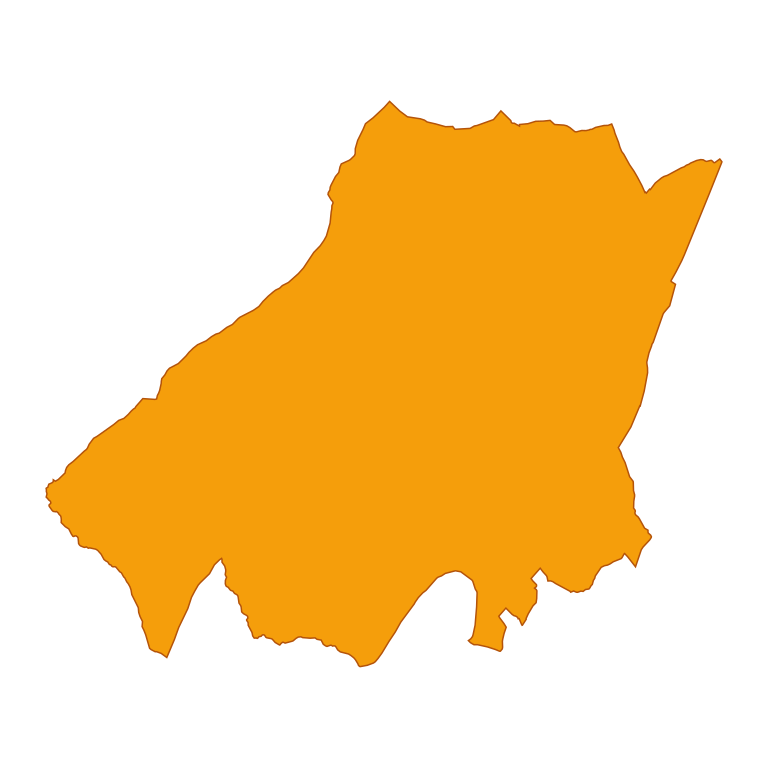 Firavitoba, Boyacá, Colombia
{"feature_id": "7082276B66462160006857", "entity_name": "Firavitoba", "entity_type": "district", "adm_level": 2, "iso_a3": "COL", "parent_name": "Colombia", "parent_adm1": "Boyacá", "projection": "equal_earth", "projection_center": [-73.017, 5.676], "detail": "fine", "context": "isolated", "style": "filled", "palette": "amber", "viewbox_px": 768, "rotation_deg": 0, "n_neighbors": 0, "source": "geoboundaries", "source_scale": "gbopen_adm2", "svg_char_len": 6044}
<svg xmlns="http://www.w3.org/2000/svg" viewBox="0 0 768 768"><path d="M721.9,161.7L719.8,159.0L715.0,162.5L714.2,162.7L713.7,162.5L712.3,161.0L711.1,160.3L706.7,161.4L705.6,161.2L703.2,159.8L700.7,159.6L696.6,160.5L690.5,163.1L689.0,164.2L686.4,165.2L684.2,166.8L681.2,167.9L667.3,175.4L663.9,176.5L661.4,178.0L655.3,183.0L650.3,189.6L649.6,189.1L646.3,193.1L645.3,192.0L644.9,192.4L641.8,185.4L637.4,177.1L634.1,171.4L629.6,164.8L623.8,154.3L621.7,151.5L619.9,147.2L618.5,142.3L614.9,133.1L614.1,130.0L611.7,124.0L608.0,125.4L604.0,125.5L595.6,127.4L591.9,129.3L590.2,129.4L588.9,130.0L586.0,130.6L581.8,130.5L576.3,131.9L574.9,131.7L569.9,127.6L566.8,125.8L563.8,125.1L554.6,124.5L550.1,120.4L543.3,121.1L535.7,121.3L527.9,123.7L519.5,124.5L519.5,126.1L514.2,123.2L512.7,123.3L511.4,122.6L510.8,120.6L500.9,110.9L493.5,119.6L477.0,125.5L474.3,126.0L470.1,128.4L454.9,129.3L452.7,126.5L445.5,126.7L435.5,123.9L427.2,122.0L424.4,120.1L420.4,118.8L407.4,116.8L399.8,111.1L389.6,101.4L384.3,107.3L373.1,117.8L365.5,123.7L363.0,129.6L357.7,140.3L355.3,148.6L355.2,153.6L354.5,155.5L350.4,159.5L349.0,160.4L341.3,163.9L340.0,166.9L338.8,172.5L335.5,176.5L331.1,185.0L330.2,187.2L329.9,190.0L328.3,192.6L328.0,194.5L331.2,199.9L332.6,201.5L333.1,202.9L331.9,205.7L331.8,208.7L331.2,212.0L330.1,223.1L326.4,236.0L323.9,240.5L320.2,245.8L313.8,252.4L303.5,267.9L298.4,273.6L288.4,282.5L282.3,285.6L279.6,288.2L275.6,290.1L273.0,292.1L268.3,296.1L263.0,301.4L258.9,306.5L253.4,310.3L240.0,317.2L238.3,318.5L232.4,324.5L226.8,327.4L219.3,333.1L215.9,334.1L211.6,336.6L206.2,340.8L197.6,344.7L193.2,348.2L189.1,352.2L185.9,356.1L178.3,363.6L169.5,368.2L167.1,370.8L164.8,375.0L161.8,378.6L161.3,381.3L161.2,383.4L159.7,390.3L158.6,393.2L157.4,395.4L156.6,399.0L154.9,399.4L142.8,398.6L135.9,406.5L135.0,408.1L133.5,409.0L131.2,411.1L128.3,414.4L123.9,418.4L118.7,420.4L113.8,424.5L97.0,436.4L93.6,438.3L89.2,444.2L87.5,448.0L86.5,449.4L84.3,451.1L73.0,461.6L68.9,464.7L66.7,467.4L65.5,470.5L65.1,472.9L58.3,479.5L55.4,481.2L53.3,479.8L53.3,481.5L52.9,482.0L52.0,482.8L48.8,484.2L47.8,487.3L46.3,488.1L46.1,488.6L46.4,489.8L46.3,491.3L47.0,493.9L46.2,497.0L46.4,497.5L47.4,498.2L48.6,499.9L50.0,500.9L50.5,501.6L50.8,502.5L50.7,503.4L49.2,504.7L49.0,505.4L49.2,506.3L52.1,510.4L53.2,511.4L55.7,511.8L56.5,511.5L58.2,512.9L58.8,514.0L60.6,515.9L61.0,517.1L61.3,519.5L61.2,522.6L65.3,526.7L68.8,528.9L71.4,534.1L72.9,536.3L73.8,536.5L74.8,535.9L76.1,535.9L77.5,536.9L78.1,538.0L78.6,543.6L79.5,545.0L80.5,545.9L83.4,547.1L84.7,547.4L86.4,546.9L88.3,548.2L89.8,547.9L95.8,549.2L97.7,550.4L101.1,554.2L104.0,559.5L105.9,561.0L107.7,561.9L109.4,564.5L110.7,564.8L111.9,566.3L112.9,566.8L115.0,566.7L116.0,567.2L119.7,571.7L121.4,572.8L123.7,576.9L124.8,577.9L126.8,581.9L128.1,583.5L129.9,586.7L131.0,589.8L131.8,594.6L138.3,607.7L138.7,612.4L140.0,616.4L142.5,621.5L142.1,626.6L143.9,630.2L145.7,634.8L149.6,648.3L151.1,649.6L155.1,651.7L156.6,651.7L161.2,653.4L166.8,657.5L174.4,639.5L178.7,627.5L187.8,608.6L191.5,597.3L194.7,591.2L198.2,585.1L200.2,582.8L209.5,573.7L214.4,564.8L219.5,559.8L221.6,558.4L222.0,559.4L222.0,562.2L224.7,566.0L225.7,569.7L225.7,571.5L225.2,574.4L225.6,575.6L226.6,577.1L225.4,580.4L225.3,583.8L225.7,585.1L226.3,586.3L228.2,587.3L230.0,589.7L230.8,590.4L232.9,591.1L234.5,593.4L236.9,594.7L237.7,595.6L238.1,596.7L239.0,603.1L240.5,605.3L241.1,606.7L241.7,611.9L243.5,613.7L246.6,615.4L247.6,616.3L247.9,618.0L246.6,619.8L246.7,620.5L248.1,622.5L248.2,625.3L252.0,632.5L252.7,635.9L254.2,638.1L256.4,638.0L257.1,638.4L257.8,638.1L259.0,636.7L261.1,636.3L262.4,634.9L263.8,634.8L264.6,635.3L265.8,637.2L266.8,637.8L271.4,638.7L272.4,639.3L275.2,642.5L279.5,645.0L280.2,644.7L280.8,643.7L282.5,642.3L283.4,642.3L285.1,643.1L291.9,641.3L293.2,640.8L296.0,638.4L298.2,637.1L301.0,636.8L302.6,637.6L310.1,638.2L315.1,637.9L317.0,639.3L321.2,640.1L323.3,644.3L325.6,645.9L327.0,646.4L330.6,645.2L331.4,645.3L332.6,646.1L334.1,645.8L335.2,646.1L336.0,647.0L337.7,649.9L340.3,651.9L348.5,654.0L350.9,655.5L353.8,657.8L355.5,659.8L357.9,663.8L358.4,665.2L359.5,666.4L360.3,666.6L367.3,665.3L373.5,663.0L375.3,661.7L378.0,658.5L381.9,653.1L389.1,641.2L395.2,632.1L400.8,622.1L414.2,604.0L415.2,602.1L418.3,597.6L422.7,592.9L426.0,590.4L436.7,578.2L438.2,577.1L441.5,575.9L445.3,573.4L455.4,570.8L460.8,571.8L471.9,580.0L472.8,581.3L475.3,589.1L476.8,591.5L477.1,592.9L476.6,606.9L475.1,625.2L473.1,634.6L472.5,636.5L470.8,638.8L468.4,640.6L470.5,642.7L473.9,644.7L477.5,644.7L487.4,646.9L495.4,649.5L499.5,651.2L500.4,651.2L502.3,648.9L502.6,647.2L502.4,641.3L502.7,639.3L504.1,633.4L506.2,627.2L504.0,623.6L499.8,618.0L498.8,616.2L505.9,608.1L512.1,614.4L514.0,615.7L515.6,616.1L517.0,616.9L517.8,617.8L518.1,618.8L519.2,618.7L521.4,624.1L522.1,625.3L522.4,625.2L526.2,619.3L526.1,618.5L528.3,613.7L533.0,605.8L536.1,602.7L536.7,598.6L536.9,590.8L536.3,589.6L534.5,588.1L536.4,586.6L536.6,585.2L536.4,584.6L532.7,580.8L531.1,578.5L540.2,568.2L543.1,572.0L546.4,575.6L547.0,576.7L547.9,581.0L550.7,580.9L552.9,581.7L555.4,583.4L570.1,591.3L570.7,592.2L573.6,591.0L576.3,592.2L577.6,592.3L580.9,591.1L583.1,591.4L585.5,589.5L588.9,589.0L589.7,588.1L591.2,585.5L592.3,584.5L593.4,580.4L594.7,578.4L595.3,576.0L601.2,567.3L604.5,565.7L607.5,565.1L610.1,563.9L613.4,561.7L621.0,558.7L622.0,557.7L624.1,553.9L624.6,553.5L627.7,556.8L635.5,566.8L641.3,549.7L643.1,547.0L649.7,539.9L651.2,537.6L651.4,536.7L650.7,535.2L648.3,533.1L648.0,532.1L648.0,530.2L644.6,528.2L639.4,518.8L638.1,516.9L635.8,515.0L635.1,513.8L634.9,512.9L635.3,511.2L635.1,510.2L633.6,508.1L633.8,501.2L634.6,496.3L634.6,494.7L633.5,490.6L633.3,482.6L633.1,481.3L629.6,476.7L625.1,462.6L622.4,457.1L620.8,452.2L618.3,447.6L630.9,427.0L639.8,405.8L640.2,406.0L644.2,391.1L647.6,372.8L647.5,367.8L646.9,363.8L646.8,362.0L649.0,352.8L651.6,345.9L651.9,344.4L653.2,342.3L663.1,314.0L664.1,312.4L669.7,305.8L675.5,284.3L671.2,281.5L671.0,280.8L676.0,271.9L681.7,260.8L684.4,254.7L709.3,193.6L721.8,162.3L721.9,161.7Z" fill="#f59e0b" stroke="#b45309" stroke-width="1.5"/></svg>